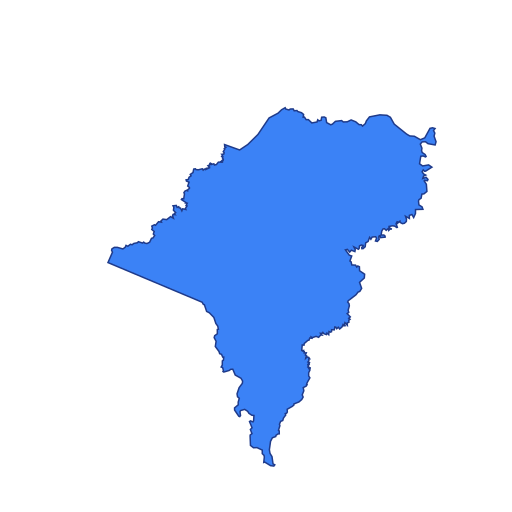 outline of Humaitá, Amazonas, Brazil, rotated 23°
{"feature_id": "56859067B63589902021131", "entity_name": "Humaitá", "entity_type": "district", "adm_level": 2, "iso_a3": "BRA", "parent_name": "Brazil", "parent_adm1": "Amazonas", "projection": "orthographic", "projection_center": [-62.357, -7.512], "detail": "fine", "context": "isolated", "style": "filled", "palette": "blue", "viewbox_px": 512, "rotation_deg": 23, "n_neighbors": 0, "source": "geoboundaries", "source_scale": "gbopen_adm2", "svg_char_len": 6132}
<svg xmlns="http://www.w3.org/2000/svg" viewBox="0 0 512 512"><g transform="rotate(23 256 256)"><path d="M354.9,440.9L352.9,440.7L349.1,434.4L346.0,432.2L344.0,429.1L341.8,420.9L342.1,416.9L344.7,414.5L344.5,413.2L345.7,411.3L346.9,410.6L345.7,407.9L344.8,407.7L344.3,402.9L343.3,401.7L343.3,398.6L344.9,397.0L344.6,394.4L345.5,390.8L344.5,389.6L345.6,388.7L345.8,387.4L344.6,384.9L348.2,380.2L349.1,378.4L348.7,377.4L352.6,373.5L354.2,370.2L354.5,367.4L352.8,365.8L352.7,361.4L350.9,358.7L353.0,356.2L353.3,354.5L352.7,354.4L352.6,352.4L353.2,347.1L351.4,345.9L350.1,342.9L350.2,340.0L348.5,338.8L349.8,338.8L349.6,337.8L347.1,337.8L347.3,336.9L346.1,335.8L346.3,335.0L347.9,335.5L347.0,334.9L346.9,333.2L345.2,333.3L345.6,331.7L344.8,330.2L345.6,329.7L344.1,328.7L342.0,329.3L341.9,328.3L340.1,327.9L340.1,325.5L338.2,326.4L337.8,325.1L336.6,325.3L336.6,324.4L335.0,325.1L333.3,319.8L335.0,319.3L334.6,317.7L336.7,313.4L337.7,312.7L337.5,310.5L339.5,309.9L338.6,309.0L339.8,309.1L342.7,306.5L345.4,306.4L346.5,303.3L347.6,303.0L345.6,302.0L347.1,301.4L347.4,300.2L348.8,301.0L351.5,300.8L351.4,299.2L353.7,300.0L352.7,297.0L354.3,297.0L355.1,296.2L354.4,294.3L356.9,293.4L356.3,290.5L357.3,290.3L358.7,291.4L359.6,289.4L361.5,290.5L362.9,287.7L362.9,285.2L364.1,286.0L365.3,285.3L364.1,284.6L363.9,282.6L367.1,284.0L366.1,282.0L367.4,280.7L366.5,278.9L367.3,277.5L365.7,277.1L366.6,275.2L362.4,273.4L363.4,271.6L362.0,269.9L361.4,265.4L360.2,263.5L358.4,262.6L358.4,261.1L363.2,252.6L364.0,249.4L365.4,248.0L365.9,244.5L361.6,239.8L364.3,233.9L363.1,230.3L357.1,229.1L355.4,225.5L353.6,225.4L353.1,226.8L351.2,225.5L347.7,226.8L345.8,224.2L344.4,223.9L344.1,218.6L341.6,218.8L335.9,215.4L337.5,214.2L340.7,215.8L341.5,213.4L345.3,213.3L344.9,211.4L342.6,209.4L347.6,209.8L348.0,208.8L347.3,206.3L348.6,204.8L350.5,204.4L350.8,205.4L349.9,206.7L350.6,207.9L351.7,207.4L352.9,204.8L351.8,201.1L353.5,198.8L353.3,194.5L355.2,195.7L355.5,193.2L358.6,191.5L360.0,192.4L360.1,195.5L362.0,195.2L362.9,192.6L361.5,190.4L361.6,189.1L362.2,188.9L363.5,190.4L367.5,188.2L367.0,187.2L365.5,186.7L362.9,187.8L362.0,183.6L362.4,181.4L363.6,180.7L365.8,181.5L367.0,179.0L368.2,180.6L368.8,178.9L370.5,178.2L367.8,177.9L366.9,176.8L369.8,174.9L372.0,174.3L374.5,174.8L374.9,174.4L372.3,171.5L372.5,169.3L373.2,169.2L373.6,170.3L374.9,167.7L375.7,168.8L378.2,169.0L379.8,167.9L380.9,165.5L380.2,163.4L378.1,161.0L382.5,161.5L381.3,158.7L383.3,156.9L386.1,159.0L386.2,154.6L384.7,150.9L391.4,147.8L389.7,145.9L386.0,145.3L384.1,141.9L384.0,140.5L385.4,138.3L384.5,134.2L386.3,133.2L388.1,129.8L384.8,123.4L381.5,121.2L381.5,120.5L384.4,119.7L384.4,118.3L381.8,117.1L379.2,119.5L379.0,116.9L380.6,115.2L378.2,115.0L376.0,113.6L376.3,111.4L378.1,112.1L379.0,111.6L383.2,105.5L379.3,104.7L374.2,108.0L370.5,107.2L368.7,99.8L370.8,98.6L373.3,98.6L373.7,97.9L372.0,96.5L368.5,95.8L367.2,94.2L366.6,91.9L363.5,88.8L364.4,86.0L367.4,84.6L370.4,85.4L377.5,83.8L377.1,80.5L373.1,76.1L372.6,73.0L370.4,71.2L371.0,68.7L368.4,69.0L366.3,70.5L365.2,81.3L361.9,84.7L355.0,83.9L350.6,85.4L346.9,84.9L331.7,80.6L325.5,75.8L321.6,75.3L314.8,77.7L306.1,83.6L304.8,88.5L304.9,91.4L303.3,94.8L301.6,94.0L299.5,94.8L295.4,93.5L290.4,93.6L287.6,96.8L284.0,98.5L281.9,97.9L276.5,101.0L274.8,104.8L273.5,106.0L268.9,105.6L266.3,101.5L264.4,101.4L262.2,102.6L262.9,105.6L261.2,107.0L259.6,106.5L259.8,108.8L255.4,111.7L250.9,110.0L248.9,110.9L246.3,109.2L245.2,109.8L244.5,107.1L241.9,106.3L238.0,106.7L236.9,106.1L234.4,107.4L232.8,106.1L230.1,107.3L229.3,108.7L226.0,109.1L224.9,108.1L222.4,111.4L220.5,115.9L214.1,123.8L210.3,143.4L204.9,156.5L199.5,164.8L183.5,165.7L184.5,167.6L185.8,167.7L184.8,169.5L185.5,170.0L185.1,172.8L186.3,173.3L186.5,174.8L184.9,175.7L185.8,176.0L185.5,177.7L186.8,177.7L186.7,178.8L188.1,179.7L188.4,181.2L186.9,182.6L187.8,183.0L184.7,184.3L183.8,187.3L182.2,188.5L181.2,187.6L179.1,189.2L179.0,188.5L177.9,188.4L178.3,189.4L177.4,189.3L177.5,190.8L176.6,191.5L178.2,192.1L177.7,192.5L178.6,193.1L176.4,195.5L176.3,194.5L175.8,194.9L175.3,196.3L174.4,196.2L173.8,197.6L172.5,196.7L169.2,199.2L167.0,199.9L166.1,199.4L164.7,200.3L165.4,203.8L163.6,206.6L164.9,207.6L163.6,209.7L163.8,212.0L161.9,213.2L162.7,214.2L165.5,214.2L165.8,218.3L167.9,218.9L168.3,219.7L167.3,221.6L167.6,222.7L166.6,222.5L165.2,224.1L164.9,225.9L165.9,226.8L167.1,231.6L165.5,232.1L165.3,233.2L170.8,234.2L170.6,234.7L172.1,234.3L171.9,236.9L173.0,236.9L172.4,239.9L173.2,240.6L170.1,241.2L170.1,243.4L167.8,241.4L166.5,241.7L165.6,240.8L164.4,242.1L162.9,240.6L160.0,242.2L161.4,243.4L162.1,246.1L165.1,247.5L164.2,249.2L165.2,249.6L163.4,250.2L163.4,251.4L165.2,253.5L162.0,253.1L159.6,257.4L155.9,258.4L154.8,261.0L155.7,261.8L152.9,262.5L151.5,267.0L150.3,266.9L148.4,269.2L149.7,270.7L149.7,272.3L152.7,273.2L152.9,275.9L154.7,276.7L154.2,279.5L152.9,280.6L152.7,284.9L150.8,287.1L148.5,287.6L147.2,287.1L146.5,288.4L142.1,288.8L141.7,290.1L138.6,292.2L137.5,294.1L135.9,294.2L134.2,297.1L132.2,297.0L132.2,299.0L130.7,301.5L125.1,302.2L122.2,303.4L120.6,305.7L120.8,307.1L122.4,308.6L122.3,319.9L224.5,319.6L226.4,321.1L227.5,321.0L232.2,326.3L235.3,326.5L241.2,329.0L245.4,333.8L248.2,335.5L250.0,338.1L249.1,338.8L250.8,342.7L249.1,345.5L249.4,347.5L252.6,350.1L253.9,355.2L259.3,358.4L260.7,360.1L262.7,360.0L264.9,362.1L265.8,361.7L266.7,364.6L266.0,365.7L267.6,369.6L267.3,371.8L268.9,371.8L270.8,374.2L270.7,375.2L271.7,375.4L276.0,371.9L277.1,370.1L278.9,369.3L283.4,373.7L289.9,374.4L292.5,376.3L293.2,378.5L291.9,383.8L292.4,390.3L294.0,392.8L296.2,393.5L296.7,397.5L297.8,399.9L295.6,404.2L296.5,406.2L302.7,410.2L303.8,410.2L304.1,408.9L302.1,405.6L302.2,404.3L305.5,401.6L309.0,402.2L311.0,403.6L314.4,404.2L316.4,403.6L318.2,408.7L318.0,409.9L315.4,409.9L314.7,410.9L319.5,415.7L318.6,417.9L321.7,421.1L320.6,423.0L320.9,424.0L324.9,432.5L328.6,433.5L331.8,432.0L337.6,432.2L339.0,435.5L341.3,436.4L342.2,437.8L343.8,443.0L344.6,442.3L351.3,443.3L354.5,442.4L354.9,440.9ZM341.5,329.8L342.1,329.7L341.7,330.7L341.5,329.8ZM187.9,180.3L187.4,181.4L187.9,181.6L187.9,181.0L187.9,180.3Z" fill="#3b82f6" stroke="#1e3a8a" stroke-width="1.5"/></g></svg>